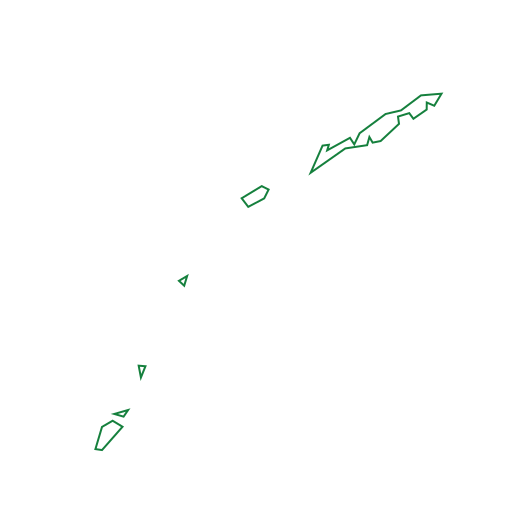 outline of Andaman and Nicobar, rotated 51°
{"feature_id": "IND-2474", "entity_name": "Andaman and Nicobar", "entity_type": "Union Territory", "adm_level": 1, "iso_a3": "IND", "parent_name": "India", "parent_adm1": "", "projection": "mercator", "projection_center": [93.022, 10.213], "detail": "coarse", "context": "isolated", "style": "outline", "palette": "green", "viewbox_px": 512, "rotation_deg": 51, "n_neighbors": 0, "source": "natural_earth", "source_scale": "10m", "svg_char_len": 728}
<svg xmlns="http://www.w3.org/2000/svg" viewBox="0 0 512 512"><g transform="rotate(51 256 256)"><path d="M249.6,31.2L248.4,47.3L241.4,47.0L237.0,57.9L243.3,61.7L245.1,86.8L241.3,94.0L234.9,93.0L239.8,99.9L228.6,118.9L225.7,161.1L212.1,134.8L215.4,129.4L218.7,134.2L223.3,108.6L231.1,109.4L225.8,98.2L227.2,65.9L234.1,51.7L235.0,26.7L246.6,9.7L251.4,22.9L244.2,26.7L249.6,31.2ZM304.7,467.2L309.9,497.8L305.0,502.3L291.9,483.2L293.8,471.1L304.7,467.2ZM216.4,213.4L212.9,231.1L202.1,230.8L205.3,207.6L212.3,204.4L216.4,213.4ZM272.1,411.3L278.0,421.9L267.4,416.2L272.1,411.3ZM228.2,322.1L233.9,330.5L226.8,331.5L228.2,322.1ZM295.2,452.3L297.5,460.0L289.6,465.5L295.2,452.3Z" fill="none" stroke="#15803d" stroke-width="2"/></g></svg>